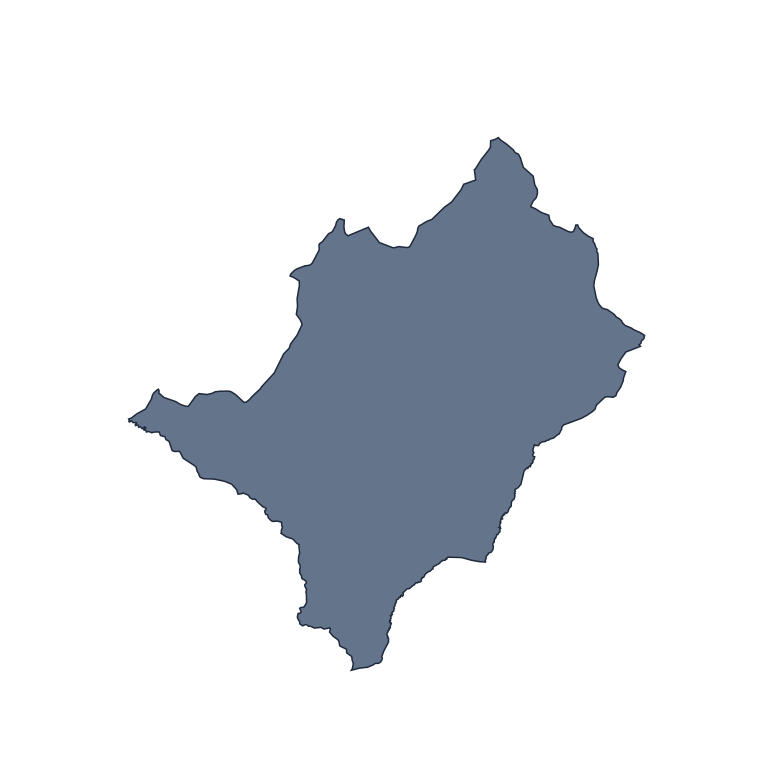 outline of Mpwapwa, Dodoma, United Republic of Tanzania, rotated 26°
{"feature_id": "72390352B74757309381442", "entity_name": "Mpwapwa", "entity_type": "district", "adm_level": 2, "iso_a3": "TZA", "parent_name": "United Republic of Tanzania", "parent_adm1": "Dodoma", "projection": "albers", "projection_center": [36.387, -6.763], "detail": "fine", "context": "isolated", "style": "filled", "palette": "slate", "viewbox_px": 768, "rotation_deg": 26, "n_neighbors": 0, "source": "geoboundaries", "source_scale": "gbopen_adm2", "svg_char_len": 6170}
<svg xmlns="http://www.w3.org/2000/svg" viewBox="0 0 768 768"><g transform="rotate(26 384 384)"><path d="M183.6,487.6L182.6,488.9L181.0,493.0L180.8,495.4L181.5,499.6L180.7,510.9L174.7,519.5L171.8,525.4L169.9,527.3L170.6,527.6L171.1,529.5L172.0,529.7L173.0,527.7L175.3,528.7L178.5,527.3L178.8,527.9L178.3,529.5L178.9,530.3L180.5,528.9L181.2,528.9L182.4,530.4L183.8,529.2L186.1,530.1L187.6,527.7L188.4,527.5L189.1,527.9L187.9,530.3L188.4,530.6L190.0,529.9L191.5,531.3L193.2,529.9L196.6,529.6L199.1,527.6L203.0,525.7L205.7,528.3L210.1,527.4L212.3,529.5L216.0,529.8L222.4,536.4L223.9,536.8L225.4,536.4L229.3,534.4L230.7,534.7L236.0,538.8L250.1,540.5L251.8,541.3L254.3,544.4L257.2,546.1L257.6,547.0L259.7,548.4L263.4,548.2L273.1,543.9L283.1,541.4L290.8,540.8L297.9,543.6L301.0,547.0L304.3,545.0L304.8,543.8L310.7,543.4L313.5,545.0L316.7,545.2L318.6,543.8L321.4,545.2L328.8,547.5L332.1,547.3L332.8,547.9L332.5,550.1L332.8,551.1L334.7,552.9L336.6,552.7L338.8,555.0L342.7,556.4L344.2,556.3L348.4,553.9L352.6,553.2L354.0,555.9L355.5,557.4L356.0,561.0L357.1,562.6L356.8,563.3L362.8,564.2L370.2,563.3L375.8,565.5L378.2,565.5L378.4,566.7L382.3,572.9L382.9,576.3L384.2,579.7L385.5,582.0L388.0,583.7L389.0,585.2L389.5,587.6L391.1,590.8L393.7,592.4L395.4,594.8L399.7,595.2L401.1,596.0L401.4,597.1L400.8,599.2L401.2,600.1L404.6,602.9L405.0,605.3L406.1,606.4L410.2,614.3L410.0,619.0L409.4,619.9L406.8,621.7L406.7,622.9L409.2,624.8L409.4,625.6L409.1,626.9L408.0,627.3L407.4,628.2L407.8,629.8L408.4,631.7L410.5,633.6L412.0,634.3L413.7,636.6L416.9,637.0L418.9,634.6L420.3,634.3L422.4,634.8L424.3,633.9L428.4,633.9L434.2,630.3L437.4,630.6L442.2,627.0L443.1,627.4L443.8,630.8L448.9,633.1L454.5,634.0L456.5,635.2L458.5,638.2L459.6,638.9L466.5,638.8L468.3,642.0L474.4,643.1L477.1,647.0L479.0,648.7L480.3,653.6L480.1,655.6L486.6,650.1L493.5,645.7L497.4,641.2L498.6,639.0L501.6,637.4L502.8,635.4L503.1,632.8L502.7,631.3L501.5,629.8L500.9,624.1L501.2,614.1L499.6,610.6L498.3,610.2L498.3,609.4L496.7,608.1L496.0,606.9L496.3,604.9L495.6,604.0L496.5,602.7L495.8,601.4L496.6,600.5L495.7,598.5L495.5,596.0L495.0,595.6L494.3,596.0L493.7,595.8L493.8,595.0L493.2,594.8L493.5,593.8L492.7,593.7L493.1,592.0L492.2,590.0L491.4,589.5L492.4,588.8L492.0,588.3L492.4,587.5L491.6,587.2L491.8,586.3L491.3,585.6L492.3,583.9L491.5,581.9L491.8,581.4L490.8,580.5L491.1,578.6L490.4,576.8L490.8,575.9L490.3,575.3L490.5,574.1L489.8,572.7L491.3,570.5L490.9,569.4L492.2,568.5L491.7,567.0L492.3,566.3L493.5,566.8L493.9,565.5L493.3,564.1L493.7,563.8L493.1,563.9L492.6,563.4L494.6,557.9L496.6,556.7L498.3,552.4L499.2,551.4L499.8,548.6L501.2,548.2L502.1,546.5L503.0,546.5L503.6,545.5L503.8,544.6L503.1,542.8L503.6,541.4L503.2,541.2L504.4,540.3L504.4,537.4L504.9,535.6L506.3,533.1L507.4,532.2L508.4,529.4L509.1,528.7L508.4,527.1L508.6,526.5L512.6,520.7L512.7,519.5L514.0,517.1L516.2,515.5L516.7,514.4L516.4,513.9L517.1,513.5L516.6,513.1L517.1,512.0L518.0,511.3L530.1,505.9L539.3,504.2L547.3,502.0L553.2,499.6L553.1,498.9L552.1,498.0L552.3,496.3L551.4,494.0L552.3,490.9L552.0,490.3L554.1,488.1L554.5,484.8L553.4,481.8L552.4,481.2L551.9,479.9L551.9,479.0L552.4,478.1L551.2,474.4L551.9,473.9L551.5,469.9L552.3,469.3L552.3,467.6L553.0,466.2L551.8,463.6L552.1,462.9L551.2,462.7L551.3,462.0L550.3,462.3L550.7,461.2L549.8,460.0L549.7,457.3L548.8,457.0L549.1,456.4L548.3,454.3L549.4,453.5L548.4,453.0L548.9,452.6L548.4,452.5L548.3,450.5L548.9,450.1L548.5,449.3L549.7,448.6L548.9,447.5L550.0,446.4L550.8,446.5L551.4,445.0L551.0,440.6L551.9,438.1L550.2,433.9L550.6,431.8L551.3,431.0L551.1,428.6L550.7,427.0L549.7,425.9L549.9,425.0L549.0,424.7L549.1,422.8L548.0,422.0L548.1,421.2L550.0,418.3L551.0,414.0L548.1,401.0L548.6,398.5L549.8,396.9L549.5,396.5L550.3,396.4L550.2,394.9L550.8,394.2L551.8,394.1L551.4,393.2L551.7,392.3L551.1,391.3L552.1,390.1L552.1,388.7L551.1,387.9L551.9,385.7L551.3,383.3L550.0,383.7L548.6,382.6L548.9,380.1L546.8,378.5L545.8,372.7L547.4,372.8L549.9,371.5L550.0,369.3L551.0,367.2L554.3,364.8L555.2,363.2L556.8,362.0L557.2,360.8L560.1,358.3L561.9,354.2L563.3,352.1L563.4,346.8L562.7,344.2L563.5,341.9L576.4,328.4L580.4,322.7L583.4,317.5L584.8,313.9L584.2,311.2L584.4,309.3L588.4,298.8L591.0,297.2L595.9,295.4L597.6,292.8L597.1,289.8L598.1,283.1L597.6,276.2L596.6,273.5L595.9,266.8L592.1,266.9L587.8,266.2L585.8,264.0L586.0,257.3L587.4,249.2L598.0,237.7L596.0,236.9L597.1,234.9L596.5,232.6L597.7,229.3L596.9,226.1L592.7,225.5L584.1,225.7L582.7,225.3L574.8,225.7L570.6,224.0L569.8,223.0L566.5,222.1L563.6,222.0L560.3,220.5L552.2,219.2L547.1,220.2L543.2,218.6L540.8,217.1L536.9,213.4L529.6,203.9L527.8,198.8L525.9,188.5L524.4,182.7L519.0,172.9L517.2,171.7L516.2,169.3L514.8,168.6L511.5,165.3L509.7,164.5L508.2,161.6L503.5,161.7L496.9,160.6L490.5,158.1L488.3,156.1L486.7,157.0L487.3,159.8L487.4,163.6L486.8,164.7L485.5,165.6L482.5,166.2L473.1,166.1L469.8,167.0L466.6,167.2L460.8,163.7L458.2,160.1L449.8,160.9L443.2,160.1L438.3,160.3L437.9,159.1L437.9,154.2L439.2,149.7L438.2,144.9L436.4,141.9L432.2,138.9L427.0,131.8L414.2,128.2L407.6,121.1L404.0,118.4L400.6,118.6L397.6,116.9L388.6,114.6L381.8,113.6L378.8,112.4L376.6,115.4L373.2,118.6L375.8,124.4L375.6,127.5L373.0,139.6L371.8,150.8L371.2,151.7L377.0,160.5L368.1,169.5L368.1,175.8L364.9,191.0L360.9,198.4L354.8,215.2L351.3,218.9L346.1,226.8L346.1,229.0L347.2,232.8L347.4,237.3L347.0,248.9L346.2,250.2L344.8,251.3L337.1,254.0L333.1,257.3L331.7,257.7L317.9,258.9L305.1,252.6L301.3,249.9L286.6,266.6L283.5,265.7L281.6,264.1L279.2,260.5L276.4,254.0L271.8,254.7L270.6,256.8L270.4,259.8L271.1,262.9L270.8,269.8L268.3,273.2L266.2,283.1L264.5,286.3L264.7,287.7L266.7,291.4L267.0,293.1L266.5,307.1L265.2,309.7L260.9,312.7L255.5,318.4L253.7,321.2L252.0,326.0L252.2,328.1L255.9,327.8L262.7,328.6L264.8,332.7L268.5,345.4L272.3,352.3L274.7,359.9L280.1,362.7L283.4,365.4L284.3,366.9L284.5,378.1L282.5,388.9L283.1,393.5L280.6,400.9L280.5,422.4L275.2,440.0L274.8,443.0L270.9,453.1L270.0,456.7L268.1,460.8L266.0,461.9L255.5,458.6L250.6,458.0L247.9,458.3L240.0,462.3L235.8,464.9L233.7,467.6L229.6,471.0L222.0,473.7L220.0,477.9L217.9,490.0L214.6,491.1L209.5,491.6L204.5,491.1L192.1,492.6L185.6,490.8L184.8,488.7L183.6,487.6Z" fill="#64748b" stroke="#1e293b" stroke-width="1.5"/></g></svg>